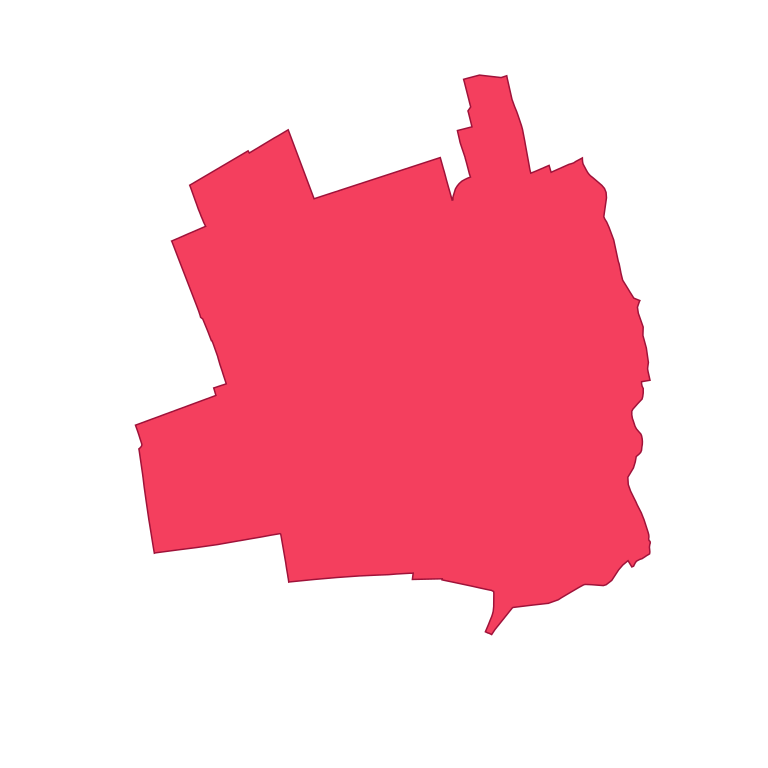 Santandrei, Bihor, Romania (Albers equal-area conic projection), rotated 73°
{"feature_id": "2599482B13806554782288", "entity_name": "Santandrei", "entity_type": "district", "adm_level": 2, "iso_a3": "ROU", "parent_name": "Romania", "parent_adm1": "Bihor", "projection": "albers", "projection_center": [21.841, 47.054], "detail": "fine", "context": "isolated", "style": "filled", "palette": "rose", "viewbox_px": 768, "rotation_deg": 73, "n_neighbors": 0, "source": "geoboundaries", "source_scale": "gbopen_adm2", "svg_char_len": 4694}
<svg xmlns="http://www.w3.org/2000/svg" viewBox="0 0 768 768"><g transform="rotate(73 384 384)"><path d="M478.7,653.1L478.7,652.9L478.7,652.6L478.6,652.2L482.1,631.3L483.9,620.8L485.7,610.4L489.0,589.4L489.0,589.1L491.6,568.1L491.7,567.7L493.0,557.0L494.4,546.2L495.5,536.4L496.7,527.2L497.3,526.7L498.6,526.8L499.6,526.9L507.5,527.9L523.4,529.9L526.7,530.3L528.4,530.6L532.6,531.2L538.1,531.9L541.4,532.4L541.8,532.4L545.6,533.0L545.6,532.5L550.6,507.5L555.3,485.5L560.3,463.8L564.7,446.6L567.7,435.2L568.5,431.5L569.3,427.8L572.7,413.9L572.9,413.6L573.4,411.4L579.2,414.0L587.3,385.3L588.2,385.8L589.1,384.3L593.7,375.9L599.9,364.7L603.4,358.4L607.4,351.4L608.4,349.6L610.8,345.3L611.9,343.3L612.6,341.9L612.9,341.4L613.2,341.2L614.4,339.9L614.8,339.8L616.8,340.3L624.0,342.6L627.4,343.7L628.5,344.0L633.3,346.0L636.2,347.8L638.0,349.1L641.5,352.0L642.4,352.7L644.3,354.2L650.6,359.5L651.6,358.4L652.6,357.3L653.0,356.5L655.1,354.3L651.3,349.7L635.8,327.0L635.4,326.0L638.9,306.3L639.0,305.8L641.6,291.9L641.8,291.2L641.3,280.4L641.2,280.1L640.2,276.6L639.7,274.5L638.7,270.4L637.0,263.3L635.5,257.0L634.5,252.2L634.4,251.7L634.4,251.3L634.5,250.2L635.0,248.7L636.6,244.2L640.9,233.2L640.9,230.2L638.4,223.6L630.3,213.9L626.9,208.5L624.3,202.3L631.4,200.5L631.3,199.6L631.2,198.6L629.7,197.2L628.4,195.9L627.6,194.8L627.3,194.5L626.9,192.7L626.5,190.6L626.5,188.3L625.8,185.9L625.4,184.5L625.2,183.9L624.8,182.6L624.5,181.2L624.1,179.7L623.9,179.6L623.2,179.2L622.1,178.8L620.2,178.4L617.7,177.9L615.3,176.8L613.8,175.8L613.4,175.8L612.3,175.6L611.5,176.1L611.1,176.3L609.5,176.2L607.8,175.4L606.5,175.1L605.7,174.9L603.0,174.8L589.7,175.0L587.6,175.2L582.5,175.6L573.6,177.2L570.1,177.6L566.0,178.3L558.6,179.5L551.6,179.8L544.5,178.1L537.2,170.0L532.0,166.5L527.1,164.0L525.7,160.7L524.5,158.6L522.7,157.1L519.6,155.8L517.2,154.6L514.9,153.8L514.2,153.6L511.8,153.1L508.9,152.8L506.9,153.0L504.9,153.9L504.3,154.2L500.8,155.7L497.8,156.3L496.9,156.3L491.4,156.4L490.2,156.5L489.6,156.5L485.6,156.0L485.2,155.8L482.5,155.0L480.8,153.3L480.5,152.8L477.1,147.3L475.9,145.2L473.8,141.5L473.2,141.2L471.8,140.3L468.3,138.7L464.7,137.6L464.2,137.4L461.5,137.8L459.0,137.6L457.1,137.0L458.2,128.5L450.1,127.9L449.8,127.9L446.6,127.5L445.1,126.9L440.6,124.8L439.7,124.7L426.3,122.6L413.3,122.2L405.3,119.5L390.7,120.1L384.7,119.2L380.0,115.8L379.0,114.9L377.6,116.7L376.4,118.2L374.9,120.0L367.9,121.9L365.5,122.5L360.9,123.7L354.5,125.4L347.3,125.0L343.8,124.6L337.8,124.0L335.3,124.1L313.4,122.2L300.0,123.0L294.2,123.7L290.9,124.6L288.3,124.9L271.0,116.8L265.7,115.6L261.4,116.0L257.7,117.6L247.8,123.9L245.1,125.8L243.2,126.7L242.3,127.0L241.3,127.4L238.6,128.0L231.9,129.3L230.4,129.2L229.0,129.0L227.7,128.7L225.8,128.2L226.1,129.7L227.3,135.8L228.0,137.9L228.1,140.8L228.0,142.7L230.4,162.3L229.0,162.3L223.2,162.2L224.8,176.4L225.2,180.7L225.3,182.0L221.5,181.8L217.6,181.3L194.6,178.6L194.1,178.5L181.9,177.2L180.9,177.1L177.1,177.0L166.2,177.3L162.0,177.5L156.9,178.0L150.7,178.3L149.5,178.4L129.4,176.9L128.9,176.9L125.1,176.5L125.2,182.4L116.5,202.4L116.2,209.9L116.0,215.0L115.9,218.8L119.4,218.9L121.2,219.0L136.2,219.7L138.1,219.8L139.8,219.9L144.4,220.1L147.4,223.9L149.2,223.9L160.5,224.5L163.8,224.7L163.6,228.8L163.5,231.1L163.4,233.3L163.1,239.7L165.6,239.9L172.7,240.4L174.9,240.6L176.9,240.6L181.4,240.5L184.0,240.4L191.0,240.2L191.4,240.3L196.3,240.4L205.8,240.8L208.3,240.9L211.4,240.8L211.6,243.9L212.1,247.1L212.8,250.3L214.3,253.5L215.9,255.9L217.8,258.1L218.5,258.8L224.6,262.9L225.8,263.6L228.1,264.3L228.1,265.1L220.6,264.9L214.7,264.8L210.5,264.7L206.3,264.6L204.3,264.5L201.2,264.4L198.1,264.3L195.8,264.3L183.9,264.0L186.4,396.7L159.4,398.4L112.9,401.3L115.6,412.3L116.7,417.4L116.9,418.1L123.7,445.3L121.3,445.8L127.7,472.5L137.1,511.7L139.6,511.5L148.3,511.1L152.6,510.9L154.6,510.8L156.1,510.7L158.5,510.6L161.0,510.5L163.2,510.4L163.9,510.3L167.3,510.0L168.7,509.9L170.4,509.8L172.0,509.6L173.9,509.4L175.1,509.3L176.5,509.2L181.1,508.5L181.1,508.8L183.1,527.0L184.7,540.7L185.2,545.3L185.5,545.2L192.4,544.7L202.6,544.0L255.4,540.2L260.2,539.9L265.0,539.8L266.4,539.9L266.7,539.8L268.9,538.3L281.9,537.1L292.1,536.4L292.2,535.9L295.4,535.6L300.1,535.4L309.0,535.0L310.8,535.1L317.6,535.2L320.8,535.1L324.7,535.0L327.1,535.0L337.7,534.8L337.8,538.0L337.8,539.5L337.9,543.3L338.0,546.4L338.0,548.0L339.5,548.0L345.8,548.1L346.5,560.2L350.7,633.7L357.3,633.4L361.6,633.3L365.0,633.3L369.3,633.2L370.9,633.2L371.6,633.5L372.1,633.7L372.6,634.2L373.2,635.0L374.0,636.4L374.4,637.4L376.2,637.6L399.6,641.2L404.3,642.0L412.1,643.4L424.6,645.4L445.4,648.6L447.1,648.8L457.3,650.2L473.2,652.4L478.7,653.1Z" fill="#f43f5e" stroke="#9f1239" stroke-width="1.5"/></g></svg>